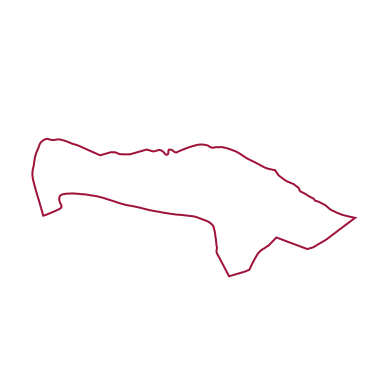 Nati', Al Bayda', Yemen (orthographic projection), rotated 254°
{"feature_id": "15242507B51557666361412", "entity_name": "Nati'", "entity_type": "district", "adm_level": 2, "iso_a3": "YEM", "parent_name": "Yemen", "parent_adm1": "Al Bayda'", "projection": "orthographic", "projection_center": [45.582, 14.537], "detail": "fine", "context": "isolated", "style": "outline", "palette": "rose", "viewbox_px": 384, "rotation_deg": 254, "n_neighbors": 0, "source": "geoboundaries", "source_scale": "gbopen_adm2", "svg_char_len": 4899}
<svg xmlns="http://www.w3.org/2000/svg" viewBox="0 0 384 384"><g transform="rotate(254 192 192)"><path d="M111.8,235.3L114.3,238.0L115.9,240.3L116.3,241.2L116.9,242.3L117.6,244.4L117.7,245.1L117.9,245.9L119.0,248.9L119.1,250.2L125.0,260.6L105.6,286.8L105.4,287.1L105.4,291.0L105.4,293.1L109.1,307.4L109.6,308.9L114.7,322.0L122.2,341.6L122.6,340.7L123.3,339.6L124.0,338.3L124.8,336.8L125.5,335.5L126.3,334.2L127.1,332.8L127.8,331.6L128.6,330.3L129.5,329.0L130.5,327.7L131.4,326.5L132.5,325.2L133.5,324.1L134.5,323.0L135.7,321.6L137.0,320.3L138.1,319.4L139.3,318.7L140.8,317.7L141.9,317.0L143.1,316.1L144.2,314.8L145.1,313.9L146.2,312.7L147.2,311.7L148.2,310.5L148.9,309.1L149.9,307.8L151.2,307.5L152.4,306.8L153.3,305.7L154.3,304.7L155.3,303.7L156.3,302.7L157.5,301.7L158.5,300.7L159.6,299.7L160.6,298.7L161.7,297.4L161.8,297.3L162.7,296.4L164.2,295.8L165.6,295.9L167.0,295.4L168.1,294.4L169.3,293.5L170.6,292.6L171.7,291.8L172.5,290.7L173.3,289.6L174.5,288.2L175.3,287.1L176.4,285.9L177.5,284.9L178.7,283.9L179.8,283.0L181.0,282.2L182.1,281.3L183.2,280.5L184.3,279.8L185.6,279.3L186.9,278.9L188.2,278.4L189.6,278.0L190.2,277.9L190.2,277.6L190.8,276.3L191.5,275.1L192.1,273.9L192.8,272.6L193.6,271.3L194.4,270.1L195.3,268.9L196.5,267.6L197.5,266.5L198.6,265.4L199.5,264.5L200.5,263.5L201.6,262.3L202.6,261.3L203.7,260.2L203.9,259.9L205.0,258.7L206.1,257.4L207.3,256.1L208.3,255.0L209.3,254.0L210.3,253.1L211.7,251.9L213.2,250.6L214.5,249.5L215.7,248.5L216.6,247.6L217.9,246.4L218.9,245.3L219.9,244.0L220.8,242.8L221.1,242.4L221.7,241.7L222.6,240.4L223.4,239.2L224.2,238.0L225.0,236.7L225.8,235.2L226.5,233.9L227.1,232.6L227.4,231.0L227.8,229.5L228.3,228.2L228.6,226.8L228.6,225.4L228.9,223.9L229.7,222.5L230.7,221.3L231.8,220.6L232.7,219.4L233.4,218.1L234.0,216.9L234.6,215.6L235.1,214.0L235.5,212.4L235.7,211.0L235.8,209.6L235.9,208.1L235.9,206.9L235.9,206.6L235.9,204.7L235.9,203.1L235.8,201.7L235.7,200.2L235.6,198.8L235.5,197.2L235.3,195.4L235.2,194.0L234.9,192.3L234.8,191.0L234.6,189.6L234.3,188.0L234.8,186.7L235.8,185.8L237.0,185.0L238.0,184.1L238.8,182.8L239.0,181.3L237.7,180.5L236.3,180.1L235.1,179.4L234.7,178.1L235.3,176.9L236.6,176.4L237.9,175.8L238.2,175.6L239.0,175.1L240.1,174.2L241.0,173.1L241.5,171.7L241.5,170.3L241.5,168.9L241.5,167.3L241.6,166.1L245.3,160.1L245.3,142.8L246.8,137.4L248.3,132.9L251.3,129.2L252.6,125.0L252.6,118.1L252.6,113.8L253.6,112.6L265.0,99.0L266.8,96.9L268.5,94.8L270.0,92.5L271.4,90.2L273.1,88.1L274.8,86.0L274.9,85.9L276.5,83.6L278.0,81.2L279.3,78.6L279.8,75.9L280.1,73.2L281.1,70.4L282.7,68.3L283.2,65.6L282.6,63.0L281.3,60.2L279.4,58.3L277.0,56.7L274.7,54.8L272.6,53.1L270.2,51.5L269.3,51.0L267.1,49.9L264.2,48.5L261.8,47.5L259.3,46.2L257.8,45.3L255.5,44.3L253.8,43.7L253.0,43.4L250.1,42.9L247.4,42.6L244.5,42.5L241.8,42.5L239.2,42.4L236.1,42.4L233.4,42.4L230.2,42.4L228.9,42.4L227.2,42.5L224.4,42.5L221.5,42.5L218.7,42.5L216.1,42.5L213.4,42.5L210.2,42.5L210.2,43.1L210.4,46.7L210.6,48.2L210.8,49.7L210.9,51.2L211.2,52.6L211.3,54.3L211.5,55.9L211.8,57.2L212.1,58.9L212.3,60.3L212.5,60.9L212.7,61.5L213.7,62.5L214.5,62.6L215.1,62.7L216.0,62.6L216.5,62.5L217.9,62.3L219.3,62.1L220.6,62.2L222.1,62.5L223.5,63.2L224.7,63.9L225.2,65.2L225.3,66.2L225.4,66.6L225.3,67.9L225.2,69.4L225.0,70.8L224.6,72.3L224.6,72.5L224.2,74.0L223.9,75.4L223.6,76.5L223.2,77.9L223.0,78.2L222.9,78.7L222.5,79.6L221.9,81.3L221.5,82.6L220.8,84.0L220.3,85.4L220.0,86.4L219.8,86.8L219.4,88.0L218.8,89.5L218.1,90.9L217.5,92.3L216.7,93.7L216.2,94.9L215.5,96.5L214.9,97.9L214.4,98.7L214.2,99.3L213.5,100.4L212.7,101.9L211.9,103.2L211.2,104.4L210.9,104.9L210.3,105.8L209.3,107.3L208.3,108.8L207.5,110.0L206.8,111.1L206.0,112.3L205.0,113.7L204.0,115.3L203.2,116.4L202.4,117.6L201.5,118.8L200.9,119.7L200.6,120.2L199.8,121.5L199.0,122.9L198.2,124.2L197.3,125.8L196.6,127.3L196.0,128.5L195.3,130.0L194.6,131.4L193.8,133.0L193.1,134.2L192.4,135.6L191.8,136.7L191.6,137.0L190.8,138.5L189.8,140.1L188.9,141.7L188.2,142.8L187.4,144.3L186.5,145.8L185.8,147.2L185.2,148.3L185.1,148.5L184.4,150.0L183.6,151.5L183.0,152.8L182.3,154.4L181.5,155.9L180.5,157.8L179.7,159.5L178.8,161.5L177.9,163.4L177.2,164.9L176.5,166.4L175.9,167.9L175.3,169.2L174.6,170.8L174.1,172.3L173.6,173.6L173.0,175.2L172.4,176.7L171.7,178.4L171.5,178.8L170.9,180.3L170.1,182.1L169.5,183.6L169.4,183.7L168.9,185.1L168.1,186.8L167.4,188.2L166.5,189.6L166.0,190.3L165.5,190.9L164.6,192.1L163.8,193.3L162.9,194.5L162.0,195.6L161.1,196.9L160.2,198.1L159.3,199.1L158.0,200.4L156.7,201.4L155.4,202.1L154.0,202.8L152.7,203.1L151.2,203.1L149.8,203.0L148.3,203.0L146.8,202.8L145.5,202.7L145.3,202.7L144.1,202.5L142.8,202.2L141.5,202.1L139.6,201.9L138.3,201.6L136.3,201.3L134.4,200.9L133.0,200.8L131.3,200.6L129.4,199.6L127.8,199.1L126.0,199.0L124.4,199.5L100.8,204.4L100.9,220.1L100.9,220.9L101.5,225.7L104.4,228.3L106.0,229.7L107.3,230.9L110.8,234.3L111.7,235.3L111.8,235.3Z" fill="none" stroke="#9f1239" stroke-width="2"/></g></svg>